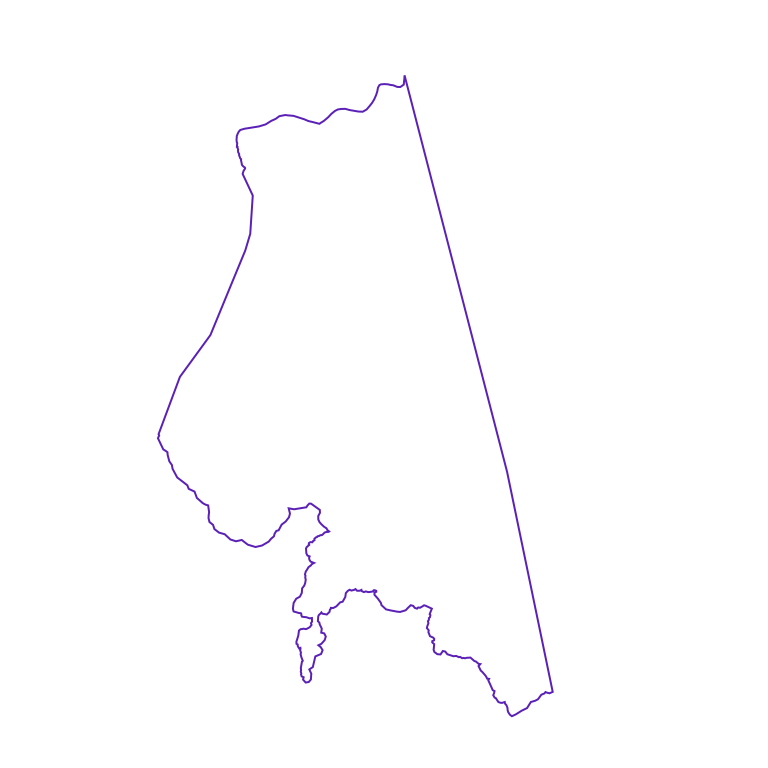 outline of Medorm, Aimeliik, Palau, rotated 279°
{"feature_id": "81905179B56582984107965", "entity_name": "Medorm", "entity_type": "district", "adm_level": 2, "iso_a3": "PLW", "parent_name": "Palau", "parent_adm1": "Aimeliik", "projection": "mercator", "projection_center": [134.484, 7.466], "detail": "fine", "context": "isolated", "style": "outline", "palette": "violet", "viewbox_px": 768, "rotation_deg": 279, "n_neighbors": 0, "source": "geoboundaries", "source_scale": "gbopen_adm2", "svg_char_len": 4782}
<svg xmlns="http://www.w3.org/2000/svg" viewBox="0 0 768 768"><g transform="rotate(279 384 384)"><path d="M692.1,356.0L688.6,356.4L687.0,356.4L685.4,356.5L682.8,356.7L681.6,355.4L679.9,353.7L679.5,350.7L680.5,346.3L680.4,343.9L680.6,341.0L680.3,337.5L679.5,334.2L678.5,332.7L675.7,331.7L671.9,331.6L668.1,331.0L663.6,329.8L659.9,328.3L656.5,326.4L652.4,323.9L649.6,320.4L649.1,316.1L649.2,307.2L649.7,302.7L649.4,301.1L649.0,298.8L647.9,295.4L646.0,292.8L642.5,289.7L638.8,287.2L634.3,283.3L632.1,280.7L630.9,279.5L631.1,277.3L631.6,272.3L631.9,268.1L633.0,263.8L634.7,252.7L634.3,247.1L634.2,244.3L633.4,242.2L632.2,238.8L628.9,235.5L626.2,231.4L621.9,226.5L618.8,220.1L615.8,210.9L614.3,206.3L613.3,204.2L612.4,202.3L610.3,201.0L608.5,200.4L607.1,200.1L605.7,199.8L604.5,200.0L602.4,200.1L599.9,200.7L599.1,201.3L595.2,201.6L595.1,202.3L594.5,202.2L592.8,203.3L592.1,203.2L590.1,203.7L588.5,205.0L587.5,205.0L584.4,206.7L583.7,207.7L582.8,207.7L579.7,208.9L579.1,209.1L578.2,209.4L577.4,210.3L576.5,211.7L576.0,212.8L575.2,213.1L574.4,212.8L572.7,212.0L569.4,211.5L549.6,224.9L511.4,228.4L494.2,226.1L453.6,216.4L405.2,204.9L359.1,181.3L299.1,169.2L298.0,170.0L295.1,169.2L284.9,176.2L283.6,179.2L282.7,180.8L280.1,181.4L274.0,184.1L270.8,187.2L267.2,188.4L259.3,194.4L253.2,205.6L249.9,207.5L248.1,213.7L242.2,217.0L238.0,223.6L236.9,226.6L236.6,229.3L230.1,231.3L226.6,231.4L224.0,231.7L220.4,233.2L218.1,237.2L214.2,239.2L211.4,244.3L210.7,250.2L206.4,256.6L205.5,262.4L207.7,267.9L204.0,274.6L202.9,282.6L205.4,288.8L210.3,294.8L213.4,296.6L216.3,299.1L219.1,299.4L222.1,300.7L223.0,302.8L229.1,304.9L232.8,308.4L237.5,311.0L241.3,311.4L246.3,309.3L246.2,314.8L250.1,326.6L252.0,327.4L254.2,328.9L254.4,330.7L249.6,340.3L246.8,340.9L243.3,339.7L239.9,340.3L237.5,341.9L235.9,343.8L233.7,347.0L232.5,349.7L230.7,351.1L229.8,352.9L229.3,352.4L228.8,350.2L228.0,348.6L226.2,347.3L225.1,346.4L224.7,344.8L223.9,343.9L223.1,342.1L222.4,341.8L221.9,340.8L220.3,339.5L218.8,339.8L217.8,338.5L216.5,338.0L216.3,336.1L215.4,334.9L214.0,334.7L213.4,335.3L210.7,333.1L209.3,332.7L204.6,333.8L202.6,335.2L202.1,337.5L200.5,337.2L198.8,337.8L197.1,339.3L196.3,342.9L194.7,340.8L193.4,340.2L191.3,338.1L188.3,336.9L186.7,336.1L183.5,335.7L182.5,336.4L180.4,336.5L178.6,337.3L175.1,337.3L172.5,336.8L169.3,335.1L164.9,335.5L160.8,334.2L158.2,330.9L153.6,329.0L150.2,329.1L147.7,329.2L145.2,330.3L144.5,335.7L144.6,337.8L143.8,338.4L142.4,338.6L141.3,339.5L141.5,343.8L140.9,347.3L141.6,349.4L138.0,350.1L136.4,349.3L134.7,350.1L132.2,348.7L130.9,347.1L129.7,345.4L129.7,342.8L128.7,339.9L127.2,338.6L122.2,338.7L119.9,338.4L115.8,337.8L113.7,338.2L113.2,339.5L111.7,339.8L110.9,340.4L109.6,341.5L110.3,342.7L109.3,343.0L108.2,342.7L105.7,344.0L104.0,343.9L100.9,345.3L97.9,347.1L96.9,346.4L90.5,346.3L88.2,346.9L86.8,346.8L85.3,347.6L84.2,347.5L82.3,348.4L81.8,350.5L79.4,350.3L76.9,353.3L77.9,356.3L80.7,358.0L86.5,357.5L90.4,354.9L93.3,358.0L99.0,358.4L104.2,358.8L107.5,364.1L111.5,365.0L114.2,362.7L115.7,360.1L117.6,362.8L121.8,365.5L125.5,366.0L128.3,364.0L128.6,360.9L132.6,360.8L134.3,359.7L136.3,358.2L138.2,357.5L139.4,355.8L144.3,355.4L145.8,355.9L147.5,357.3L148.6,357.9L147.5,359.0L147.4,363.6L150.3,365.8L152.7,365.9L153.6,366.6L154.6,366.6L154.8,368.9L156.9,371.7L161.5,374.9L162.5,377.2L167.6,379.1L171.5,379.0L174.0,380.6L175.4,382.2L174.9,384.1L175.9,386.6L177.0,387.9L175.6,389.7L176.0,392.3L177.1,393.9L176.0,394.3L175.3,396.7L176.3,398.5L176.0,400.8L176.2,402.1L177.4,405.5L178.6,406.0L178.9,407.0L178.5,408.7L177.6,408.9L176.5,407.2L174.3,407.6L171.0,411.6L167.3,415.2L165.2,416.1L161.7,421.3L161.4,426.0L161.2,432.9L161.4,435.6L163.9,440.8L166.8,442.8L169.7,445.0L169.4,447.6L167.7,449.4L167.3,451.8L168.6,452.7L168.7,453.4L168.6,454.5L170.0,456.3L171.7,458.2L171.5,459.8L169.6,466.4L163.8,465.1L163.0,466.0L160.7,465.8L159.9,465.0L158.1,465.2L156.6,464.5L154.6,465.3L151.9,464.7L149.7,464.5L147.7,466.7L145.8,466.7L142.1,468.9L141.2,472.3L140.1,473.5L138.6,473.5L137.6,471.9L136.3,472.1L134.9,474.3L129.2,474.6L127.2,475.7L125.5,478.9L125.7,482.1L129.5,483.9L129.3,486.4L127.0,488.8L126.4,492.5L126.0,495.1L126.7,497.9L125.9,500.7L126.4,501.8L125.4,504.1L125.9,505.4L125.8,507.0L126.5,508.5L127.3,512.2L124.5,516.6L124.3,518.2L122.4,521.2L122.4,522.9L120.2,521.5L116.1,524.4L115.0,526.1L111.9,529.8L110.7,530.9L109.1,532.0L109.2,533.9L107.6,533.4L103.4,536.2L98.6,539.3L98.0,541.2L96.1,541.1L93.7,540.6L91.5,542.4L91.3,543.5L87.8,546.7L87.4,548.8L87.5,550.5L88.8,553.0L87.3,553.5L86.0,555.1L83.7,556.5L81.0,557.2L79.2,558.1L77.0,560.2L75.9,562.3L78.4,566.0L82.8,571.0L86.3,576.0L92.9,578.8L94.7,582.7L96.7,585.4L101.7,588.0L103.5,590.9L105.0,591.7L104.7,592.8L104.4,595.8L106.3,598.8L316.5,519.3L692.1,356.0Z" fill="none" stroke="#5b21b6" stroke-width="2"/></g></svg>